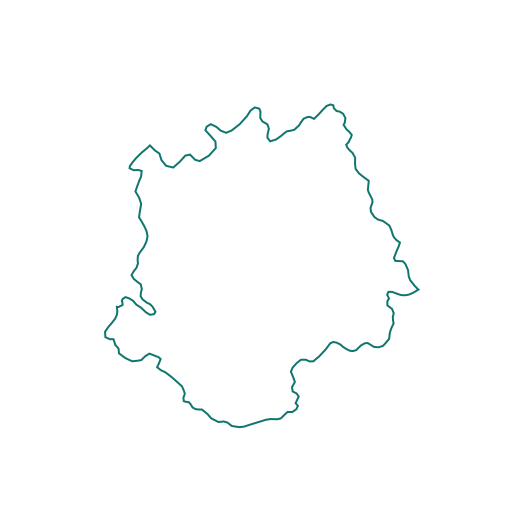 outline of Dzyatlava, Grodno, Belarus, rotated 312°
{"feature_id": "67162791B37208014069458", "entity_name": "Dzyatlava", "entity_type": "district", "adm_level": 2, "iso_a3": "BLR", "parent_name": "Belarus", "parent_adm1": "Grodno", "projection": "mercator", "projection_center": [25.377, 53.437], "detail": "fine", "context": "isolated", "style": "outline", "palette": "teal", "viewbox_px": 512, "rotation_deg": 312, "n_neighbors": 0, "source": "geoboundaries", "source_scale": "gbopen_adm2", "svg_char_len": 3501}
<svg xmlns="http://www.w3.org/2000/svg" viewBox="0 0 512 512"><g transform="rotate(312 256 256)"><path d="M267.2,103.2L262.5,102.8L256.8,101.9L248.3,101.4L242.9,101.6L238.4,102.1L236.6,103.4L237.9,107.7L241.1,110.9L242.7,114.2L238.2,117.4L233.0,119.2L228.0,121.2L223.3,123.2L221.1,130.2L217.9,135.8L210.0,140.8L206.4,143.3L205.3,147.3L203.5,152.7L201.3,157.9L198.1,162.2L193.4,164.9L187.5,166.7L180.8,167.3L177.0,168.2L173.8,170.7L171.6,173.2L167.5,175.0L162.6,175.4L158.5,176.3L157.2,180.4L157.4,184.7L157.8,189.4L154.9,193.4L152.0,194.8L148.8,197.3L147.9,200.6L148.2,205.8L149.3,209.6L149.1,213.0L147.3,218.6L144.6,219.1L141.4,216.6L140.5,211.7L140.7,205.4L139.8,199.7L140.5,194.6L139.5,189.7L138.1,186.5L134.8,185.7L133.0,186.2L131.7,188.3L130.4,189.6L126.1,188.0L125.1,186.6L123.6,188.2L122.1,190.0L119.1,192.0L115.1,193.3L110.4,193.6L104.4,193.8L98.7,194.5L94.9,198.4L96.4,203.1L98.8,205.8L97.4,208.2L95.8,210.9L95.2,215.8L92.0,219.3L92.7,227.0L93.7,230.5L94.9,234.4L98.7,237.9L101.9,240.4L107.2,240.7L112.1,242.1L113.5,245.7L115.6,251.3L115.6,254.1L110.7,255.9L107.2,256.9L107.5,261.8L108.9,266.4L109.6,274.8L109.6,281.9L109.6,288.2L107.7,292.4L106.0,295.3L102.1,296.9L99.8,299.5L101.0,301.9L102.4,303.9L102.1,306.5L101.0,310.3L101.8,313.6L103.4,315.9L105.7,318.5L106.1,325.5L105.4,331.4L107.5,339.2L111.4,342.7L113.1,346.2L113.5,351.8L117.7,358.2L121.2,361.3L124.4,363.1L129.0,365.8L135.3,369.6L140.7,372.8L144.6,375.9L147.5,379.4L148.8,380.9L151.8,383.1L156.9,383.4L161.2,383.8L164.4,387.4L169.1,388.5L172.7,387.4L173.1,384.0L177.0,382.7L180.1,381.8L181.0,378.2L179.9,373.9L182.6,370.5L188.4,369.2L191.1,364.2L193.4,359.3L197.7,357.9L203.7,357.9L208.9,358.8L212.1,362.2L213.6,366.5L216.3,369.2L218.8,369.4L223.3,370.1L233.0,370.3L240.9,369.6L243.8,371.0L245.6,373.9L246.7,378.0L246.7,381.8L247.4,385.6L248.5,389.4L250.3,391.7L253.2,393.5L254.6,393.5L260.0,393.9L264.0,395.3L266.1,397.3L266.7,400.7L267.4,404.5L270.1,408.1L273.9,410.4L277.1,410.6L283.2,410.4L285.2,409.2L287.2,407.7L289.5,406.3L293.5,404.7L298.0,403.4L299.4,401.4L302.3,398.4L305.7,396.6L307.7,392.4L307.2,386.7L310.4,383.8L313.3,383.4L315.1,379.3L318.0,378.4L320.5,381.3L322.5,386.5L324.1,390.1L326.8,393.3L329.7,395.5L333.6,397.3L339.7,399.2L339.7,398.1L340.0,393.8L341.2,386.7L343.1,383.1L347.2,378.5L349.9,372.7L350.4,368.8L345.6,362.8L346.8,359.9L354.5,356.9L358.4,355.7L362.3,354.0L361.8,349.4L362.3,345.8L363.2,343.6L365.7,339.5L367.8,334.9L367.4,330.5L366.9,326.7L364.7,322.3L364.2,317.9L365.7,311.9L368.3,309.0L373.9,306.6L375.8,304.6L378.7,297.1L380.0,294.9L387.3,289.5L386.7,283.6L386.3,277.3L387.4,271.7L390.9,267.8L395.4,263.9L397.2,258.7L397.2,255.2L397.6,251.6L399.0,248.6L402.6,248.6L407.8,247.2L410.1,246.1L410.7,242.0L410.7,238.4L412.1,233.3L414.3,232.8L418.2,230.3L420.0,225.6L419.3,221.6L417.7,218.9L417.9,215.0L419.7,212.6L418.4,209.9L414.8,208.1L409.8,207.8L403.5,207.8L396.8,207.4L395.4,202.9L393.4,201.1L389.8,199.5L385.3,200.0L381.9,200.6L375.4,200.0L372.0,197.7L369.3,195.5L367.1,195.0L362.1,194.3L356.1,193.0L350.7,189.8L351.6,185.3L354.0,183.3L359.2,180.4L361.5,176.3L360.3,170.7L361.5,166.7L366.2,162.8L367.7,159.9L365.6,155.7L360.3,154.6L354.0,155.7L343.1,155.7L332.9,153.9L327.6,151.4L325.5,145.8L325.5,140.5L323.7,134.2L319.2,132.8L315.6,134.2L314.9,141.2L313.9,149.3L309.3,153.9L299.1,153.9L288.9,150.7L286.8,146.5L287.2,139.1L283.3,136.3L275.2,136.3L266.4,135.3L262.9,128.9L264.0,121.6L267.5,115.6L266.8,110.0L267.2,103.2L267.2,103.2Z" fill="none" stroke="#0f766e" stroke-width="2"/></g></svg>